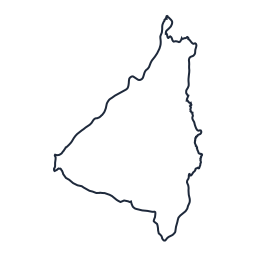 the district of Balangan, Kalimantan Selatan, Indonesia
{"feature_id": "22746128B67876608948387", "entity_name": "Balangan", "entity_type": "district", "adm_level": 2, "iso_a3": "IDN", "parent_name": "Indonesia", "parent_adm1": "Kalimantan Selatan", "projection": "equal_earth", "projection_center": [115.786, -2.285], "detail": "fine", "context": "isolated", "style": "outline", "palette": "slate", "viewbox_px": 256, "rotation_deg": 0, "n_neighbors": 0, "source": "geoboundaries", "source_scale": "gbopen_adm2", "svg_char_len": 5759}
<svg xmlns="http://www.w3.org/2000/svg" viewBox="0 0 256 256"><path d="M199.4,167.4L200.3,165.0L200.4,163.5L200.6,163.3L200.7,162.8L200.9,162.5L200.8,161.6L200.8,161.1L200.5,160.6L200.4,160.4L200.5,159.6L200.7,159.2L200.4,159.0L200.3,158.8L200.7,158.1L200.8,157.3L201.1,157.2L201.1,156.9L201.1,156.3L201.9,155.5L201.8,155.1L202.0,154.4L201.2,153.9L200.7,154.0L200.2,153.9L199.9,153.6L199.6,153.7L198.8,153.3L198.6,153.0L198.2,151.7L198.1,151.2L197.6,150.5L197.4,149.8L197.3,149.1L196.9,148.6L196.9,148.2L197.1,147.8L197.0,147.3L196.8,146.9L196.3,146.5L196.3,146.1L195.8,145.9L195.7,144.8L195.1,143.7L195.0,143.1L194.8,142.8L194.9,142.6L194.9,142.3L195.0,141.9L194.9,141.4L195.1,140.8L195.0,140.6L195.1,140.3L195.3,139.9L195.2,139.2L195.3,139.0L195.3,138.2L195.7,138.1L195.9,137.9L196.0,137.5L196.0,137.2L196.0,136.7L196.5,136.4L196.9,136.5L197.1,136.3L196.9,136.1L197.0,136.0L197.8,135.1L198.8,134.6L199.8,134.2L200.4,133.9L201.0,133.1L201.3,132.1L201.2,131.3L200.8,130.5L200.0,130.3L198.5,130.7L197.7,130.4L197.1,129.9L196.2,128.5L195.4,126.5L194.8,124.7L194.2,122.2L192.9,119.9L192.5,119.0L192.3,117.9L192.5,116.8L192.9,115.9L192.7,114.9L192.4,114.2L192.5,113.2L192.5,112.6L192.1,112.5L191.6,112.6L191.4,112.5L190.9,111.2L190.5,111.1L190.6,110.5L190.6,110.1L190.4,109.6L190.3,109.2L190.8,108.0L190.7,107.2L190.4,106.7L190.6,106.7L190.3,106.0L190.3,105.4L190.5,105.1L191.3,105.1L191.4,104.9L190.9,104.4L190.8,104.2L191.0,103.5L190.9,103.3L190.8,103.0L190.7,103.1L190.2,103.2L189.8,102.9L189.4,102.6L189.2,102.6L188.2,101.6L187.7,100.7L187.3,100.7L186.8,100.7L186.7,100.7L186.8,100.0L186.9,99.1L187.5,97.8L187.8,96.9L188.2,96.2L188.3,95.8L188.2,95.8L188.0,95.5L187.8,95.5L187.4,95.0L187.4,94.7L187.1,94.4L187.0,94.1L186.4,93.6L186.2,92.9L186.2,92.1L186.2,90.9L186.5,90.0L187.9,87.7L188.6,85.9L188.7,85.1L188.7,83.6L188.5,81.0L188.5,79.0L188.8,75.8L189.2,72.4L189.3,70.2L189.1,68.0L189.1,66.0L189.2,64.2L189.1,62.0L188.9,60.2L189.1,58.9L189.7,57.6L190.7,56.8L192.8,56.0L193.4,55.7L194.6,54.3L195.1,53.0L195.3,49.9L196.2,46.7L196.4,45.6L196.3,44.8L195.9,43.8L195.1,43.3L193.5,43.8L192.9,43.6L192.2,43.1L191.5,42.4L189.7,40.1L189.2,39.6L188.3,39.2L188.2,38.6L188.4,38.1L188.2,37.7L187.8,37.4L187.4,37.0L187.0,37.1L186.3,37.8L185.7,38.1L184.3,38.2L183.9,38.4L183.5,38.7L182.2,38.8L181.9,38.8L181.7,38.4L181.6,38.7L181.5,39.0L181.5,39.3L181.6,39.5L180.9,40.2L180.5,41.0L180.0,41.7L179.0,42.1L177.3,41.5L175.8,41.2L173.7,41.6L173.0,41.1L172.3,39.9L172.0,38.8L171.4,37.4L170.8,36.8L170.2,36.4L169.9,36.7L169.5,36.8L169.0,37.4L168.8,37.5L168.4,37.9L168.3,38.0L168.2,38.0L167.9,37.6L167.5,37.0L167.2,35.6L167.1,35.0L167.1,34.9L166.8,34.6L166.7,34.4L166.7,33.9L166.5,33.6L166.1,33.2L165.8,33.4L165.8,32.7L166.0,31.7L166.5,30.7L168.8,28.6L170.8,26.5L171.8,24.4L172.1,23.3L172.2,22.1L172.0,21.2L171.5,20.5L171.0,19.8L168.7,17.5L167.5,16.7L167.5,16.2L167.4,15.9L167.0,15.6L167.0,15.4L166.7,16.1L166.5,16.3L166.3,17.1L166.3,17.4L166.5,17.6L166.6,17.9L166.5,18.2L166.6,18.9L165.7,18.9L165.5,19.1L165.4,19.0L165.2,19.4L164.9,19.5L164.4,20.1L164.5,20.4L164.3,21.1L163.7,21.8L163.4,22.4L162.5,24.6L162.3,25.7L162.2,26.7L162.2,29.3L161.9,31.9L161.8,32.6L160.6,35.6L160.3,36.7L160.4,38.4L160.6,40.0L160.7,41.3L160.7,42.7L160.6,44.3L160.3,45.8L159.5,48.5L158.2,51.2L157.1,53.4L154.9,56.7L151.9,60.5L150.8,62.5L149.0,67.1L148.1,68.3L147.6,68.9L146.2,70.0L145.5,70.8L144.9,71.8L144.4,73.0L143.6,75.7L143.0,77.5L142.6,78.2L141.9,79.0L140.9,79.6L140.2,79.9L139.0,80.0L138.0,79.7L133.8,76.9L132.9,76.4L132.3,76.4L131.5,76.6L131.0,76.9L130.2,77.5L129.7,78.0L129.2,78.9L128.9,81.0L128.8,83.0L128.5,85.3L128.2,86.5L127.9,87.4L127.4,88.4L126.5,89.2L125.8,89.7L115.0,95.6L111.5,98.1L110.6,98.6L109.3,99.6L108.3,100.9L107.4,102.4L106.9,103.4L106.7,104.1L105.8,108.3L104.7,111.2L104.2,112.2L103.5,113.2L102.1,115.0L101.2,115.6L100.9,116.1L99.4,117.3L97.3,118.2L95.9,118.3L95.2,118.5L94.4,119.0L93.8,119.6L93.3,120.2L91.5,123.0L89.8,124.7L85.6,127.5L85.4,127.7L85.5,127.8L85.4,127.7L83.5,129.2L81.9,130.3L77.2,134.0L75.5,135.8L73.8,138.1L72.1,141.0L71.0,142.6L69.2,144.6L66.9,146.8L66.1,147.3L65.7,147.4L65.3,148.4L64.5,149.4L63.6,150.9L62.9,151.5L62.5,152.2L61.5,153.5L60.1,154.4L59.2,154.9L58.0,155.1L56.9,155.2L55.1,154.7L54.9,155.0L54.8,155.6L55.6,157.3L55.6,159.0L55.1,162.7L55.1,166.1L54.7,167.7L54.1,168.4L54.0,169.3L54.2,170.6L54.5,170.8L54.7,171.0L56.1,170.2L56.6,170.1L57.5,169.3L58.5,168.5L59.2,168.7L60.3,168.6L61.0,169.2L61.6,170.4L62.0,170.7L62.9,172.9L63.2,174.1L65.9,177.9L69.2,179.8L73.1,183.1L77.5,185.3L81.3,186.1L81.9,186.3L83.6,187.5L89.5,190.8L92.7,191.6L95.5,192.7L96.4,193.0L99.8,192.9L100.0,192.7L102.3,193.0L104.7,193.1L109.6,194.8L111.9,196.0L116.7,199.9L118.5,201.0L120.5,202.0L124.1,200.5L128.1,201.3L129.6,202.0L131.0,201.5L131.1,202.1L131.6,203.9L132.8,206.7L134.6,208.3L136.1,208.9L142.2,210.4L147.4,210.9L152.2,211.8L153.6,211.8L154.5,211.7L155.2,212.1L155.4,213.1L155.3,214.5L155.0,217.1L154.2,219.1L153.8,220.4L153.8,221.3L154.8,222.2L156.0,223.1L157.1,224.0L157.6,225.8L158.0,228.3L158.1,230.4L158.8,233.5L159.7,234.1L161.4,235.9L162.0,237.4L162.2,238.5L162.9,239.5L163.7,240.4L164.9,240.6L165.9,239.8L166.9,238.4L168.5,237.0L172.5,235.0L173.7,233.9L175.0,232.4L175.3,231.6L176.0,226.8L177.3,222.2L177.9,219.5L178.5,217.6L180.2,215.6L185.1,211.6L185.8,210.9L187.3,208.6L188.0,206.0L189.2,203.4L189.6,202.3L189.8,201.0L189.8,200.0L189.7,198.8L188.8,194.9L188.6,192.3L188.5,190.3L188.6,188.1L188.5,187.0L188.2,185.3L187.5,183.7L187.0,182.4L187.1,181.0L187.6,179.9L188.3,178.9L188.7,177.8L188.8,176.2L188.8,175.5L189.1,174.2L189.6,174.0L190.3,175.5L191.1,175.4L191.7,174.8L193.3,172.3L194.6,171.2L195.2,170.3L195.4,169.2L195.8,168.6L196.4,168.5L197.3,167.9L197.9,167.7L198.5,168.3L199.1,168.2L199.4,167.4Z" fill="none" stroke="#1e293b" stroke-width="2"/></svg>